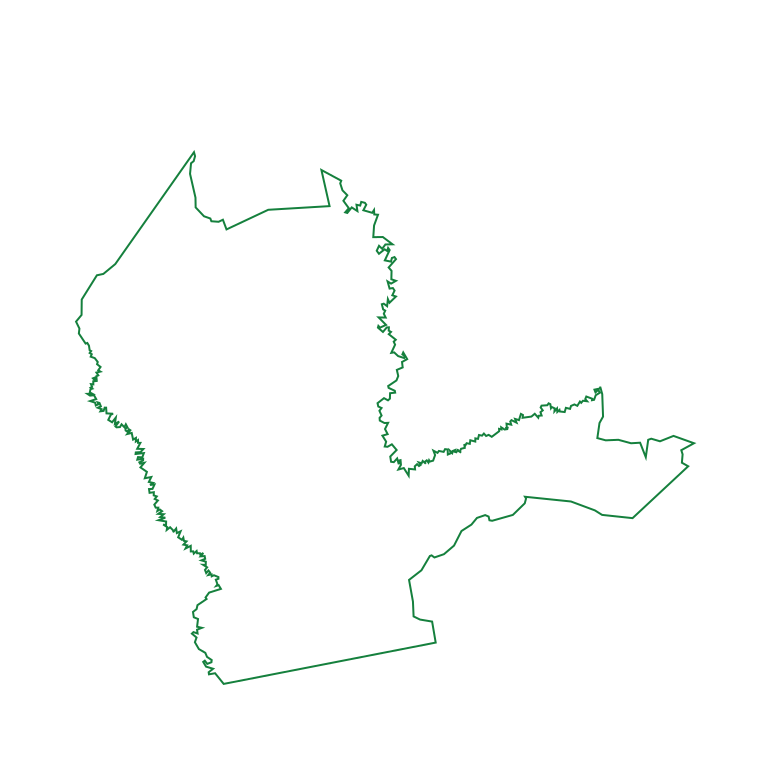 outline of El Paso, Cesar, Colombia, rotated 349°
{"feature_id": "7082276B67195884922096", "entity_name": "El Paso", "entity_type": "district", "adm_level": 2, "iso_a3": "COL", "parent_name": "Colombia", "parent_adm1": "Cesar", "projection": "mercator", "projection_center": [-73.703, 9.704], "detail": "fine", "context": "isolated", "style": "outline", "palette": "green", "viewbox_px": 768, "rotation_deg": 349, "n_neighbors": 0, "source": "geoboundaries", "source_scale": "gbopen_adm2", "svg_char_len": 6142}
<svg xmlns="http://www.w3.org/2000/svg" viewBox="0 0 768 768"><g transform="rotate(349 384 384)"><path d="M404.9,305.3L412.4,300.4L409.1,298.5L412.2,294.3L411.0,291.5L407.7,291.4L407.1,284.0L410.1,286.8L415.4,285.0L411.2,282.6L413.0,274.4L410.8,270.5L419.6,263.7L418.5,261.4L415.8,261.8L414.2,265.2L408.4,262.8L415.1,253.6L414.0,251.2L412.5,254.0L410.3,251.9L403.9,255.2L402.3,251.8L405.5,247.4L408.0,250.9L412.0,247.3L419.0,248.5L410.9,239.5L401.5,237.8L404.5,226.5L410.4,216.7L406.8,215.7L407.4,211.3L405.1,213.7L396.9,209.5L400.8,204.6L399.8,202.5L396.4,200.9L394.7,204.3L391.2,202.8L390.9,209.2L386.0,204.5L380.6,209.1L378.7,208.1L383.0,204.7L379.1,196.4L384.0,191.7L380.2,186.0L379.3,178.7L380.8,176.3L363.4,162.0L364.5,199.0L303.6,190.9L258.9,202.2L257.2,192.0L252.6,193.2L245.6,191.3L245.1,188.4L239.3,185.0L232.8,174.7L234.5,165.1L233.7,140.7L236.7,130.5L239.7,128.9L242.0,124.3L241.7,120.2L143.1,215.0L129.5,222.4L122.9,222.5L103.4,243.4L100.3,258.5L93.6,264.0L95.6,271.5L94.1,276.2L98.8,287.4L100.6,287.1L101.7,290.1L101.5,294.7L102.8,295.8L101.0,297.4L102.8,299.0L101.3,301.2L105.0,303.4L107.2,307.8L106.1,309.8L109.0,313.2L106.1,316.0L108.0,317.7L103.9,317.9L105.2,321.0L103.1,321.5L102.8,324.4L101.5,322.5L99.4,322.9L101.5,326.1L99.1,325.9L98.6,328.9L96.3,328.2L96.9,331.1L95.4,331.6L96.7,332.9L94.9,333.1L93.6,336.1L95.8,337.9L91.0,337.1L93.2,339.3L97.2,339.7L98.6,343.9L92.3,344.7L96.9,347.2L97.0,350.1L99.8,349.4L99.4,347.4L101.1,348.3L101.8,351.9L98.5,352.7L102.0,354.9L100.4,356.7L103.6,356.9L105.3,353.9L106.7,354.2L106.0,359.9L112.4,361.5L110.0,362.0L106.5,366.6L109.8,369.7L114.3,365.8L112.2,371.9L116.8,370.3L112.3,374.4L113.2,375.5L116.6,375.9L118.7,373.5L120.9,376.9L122.9,374.3L124.0,378.0L121.7,378.1L121.5,380.3L122.8,381.7L125.1,379.9L126.2,381.0L122.5,384.1L127.0,383.9L127.1,390.7L130.2,389.6L129.4,393.1L131.8,392.1L131.3,394.8L133.6,395.3L129.4,400.5L135.4,401.9L132.0,404.4L127.3,403.8L126.8,405.3L135.1,406.0L132.7,409.9L128.6,408.8L127.4,411.2L133.3,411.5L132.9,413.1L128.9,414.2L129.4,415.7L133.7,415.6L129.0,419.4L134.5,425.0L131.2,430.9L137.8,430.9L134.5,435.3L138.4,437.0L135.1,438.5L139.6,438.8L136.7,442.8L133.3,442.3L133.1,446.1L137.4,446.3L136.7,449.4L139.5,451.0L137.0,453.1L139.8,455.2L135.5,458.6L136.3,461.8L138.8,462.3L137.3,465.4L140.0,464.4L141.9,466.5L137.6,468.4L142.9,469.8L139.0,471.9L143.8,473.5L136.7,474.7L143.9,477.4L143.1,481.0L140.4,479.8L143.9,483.1L142.9,485.8L146.7,483.8L149.4,488.0L148.7,489.3L152.4,486.2L152.2,490.8L156.2,489.8L152.7,495.2L155.9,498.4L157.7,496.5L157.7,499.8L160.1,500.8L156.5,503.4L160.0,504.8L157.8,507.6L163.4,506.0L162.4,511.5L164.8,511.9L164.9,514.2L168.2,512.2L168.2,514.5L171.0,515.0L171.1,516.6L174.4,515.4L171.1,518.2L175.1,518.7L175.1,521.5L171.1,522.3L175.2,524.4L174.5,527.6L172.0,527.0L175.4,530.2L172.8,532.3L173.4,535.7L176.1,533.6L177.3,536.0L175.1,538.0L178.4,537.9L178.2,539.9L180.6,539.3L184.6,541.9L184.3,543.6L181.6,544.0L182.3,548.9L180.8,550.2L183.3,549.9L184.8,554.0L172.5,555.4L168.1,559.5L168.8,561.2L158.7,565.5L157.1,569.2L153.0,571.3L152.8,576.7L156.6,579.2L154.2,586.6L158.7,588.6L153.6,589.5L153.4,593.3L149.6,591.2L147.8,592.4L151.6,597.1L149.1,601.4L151.7,608.9L157.3,613.8L158.2,618.1L162.2,622.1L161.5,624.2L157.1,625.0L155.3,621.4L153.5,622.3L155.4,627.5L161.9,630.9L156.9,633.5L156.8,635.6L163.0,635.7L169.4,647.8L385.4,647.7L385.9,626.4L374.4,622.1L368.7,617.8L370.9,603.1L371.2,581.1L385.2,574.0L396.2,561.6L398.0,561.3L400.4,563.9L410.4,562.5L421.9,556.0L432.0,543.1L443.0,538.7L449.7,533.2L458.3,532.0L461.4,534.1L461.5,537.9L464.1,538.9L485.5,537.1L499.4,528.0L501.6,523.5L500.9,521.6L545.1,535.0L566.9,548.3L573.1,554.1L602.4,563.1L666.9,522.8L661.4,518.1L663.7,510.0L663.2,505.7L677.0,501.3L658.3,490.2L644.0,492.9L635.9,488.7L632.7,489.2L627.0,505.8L624.2,490.5L615.2,489.3L603.4,483.5L590.9,481.6L583.1,477.8L588.1,463.4L592.8,457.8L596.3,435.6L595.7,427.9L595.2,429.6L589.5,429.7L590.0,432.6L593.3,430.5L594.1,433.8L589.7,435.4L587.2,439.6L585.1,439.6L585.6,438.2L580.2,434.9L578.7,437.2L580.1,439.7L576.1,438.4L574.0,440.1L573.0,438.6L569.6,442.3L567.0,440.4L563.4,441.2L561.9,443.9L558.0,442.1L556.0,446.0L551.3,444.5L551.3,442.9L548.8,444.5L549.2,441.0L546.1,443.4L546.9,440.5L544.3,438.6L543.3,439.6L543.4,435.5L541.9,434.4L540.3,436.0L534.5,435.3L533.3,436.9L534.8,440.2L532.2,441.5L532.7,445.0L529.8,444.7L529.0,446.5L526.3,442.0L522.5,444.1L513.6,443.6L514.5,441.0L512.7,439.5L509.6,445.2L506.0,443.3L506.7,447.2L502.2,443.8L500.8,444.9L501.1,448.2L496.7,446.3L496.3,450.0L494.7,450.6L496.9,450.7L496.4,451.8L493.7,451.7L490.8,448.9L490.6,451.0L488.4,450.0L488.1,452.3L479.7,456.4L477.0,453.9L474.3,454.5L472.6,451.7L470.4,453.4L467.5,452.2L465.8,455.8L463.3,454.8L462.6,457.9L458.0,455.7L456.8,459.1L453.8,457.9L451.8,460.2L451.3,458.3L451.1,462.1L447.3,462.3L445.4,464.9L446.7,466.1L443.7,463.4L444.2,462.1L442.0,464.8L440.2,463.9L441.1,462.4L438.5,462.9L437.8,464.8L436.1,462.3L436.2,464.8L433.2,465.4L434.0,460.4L431.5,459.6L429.6,462.0L425.1,460.2L423.4,461.8L419.8,458.9L420.6,463.5L417.6,468.6L414.2,468.9L413.7,467.5L412.6,469.6L411.4,467.1L409.1,468.2L409.8,470.2L407.3,466.9L405.8,469.0L403.3,467.7L404.5,470.4L402.7,471.2L401.2,469.0L398.5,470.7L398.2,473.8L392.3,472.0L390.7,478.7L387.4,470.3L381.8,470.7L385.2,466.6L385.7,461.9L384.2,462.0L383.2,465.6L382.7,459.6L378.7,462.6L376.1,461.7L376.3,456.4L383.8,451.2L380.2,444.7L375.5,446.3L372.8,445.5L375.1,441.0L372.6,434.4L378.0,433.9L376.4,428.4L380.6,422.9L377.0,422.4L372.9,419.1L373.2,416.4L375.6,414.5L374.4,409.4L377.0,407.1L374.1,405.0L374.0,401.6L381.3,397.9L384.8,400.8L387.0,399.5L388.2,394.2L393.3,394.6L393.3,392.7L387.8,388.7L387.7,386.8L396.9,382.9L399.5,378.9L399.3,372.6L405.5,371.3L405.9,365.8L411.5,364.0L408.9,356.7L407.7,358.5L409.6,360.3L408.7,362.3L403.2,359.3L400.0,354.9L397.1,354.8L402.4,347.5L401.6,344.3L404.0,342.8L398.2,336.0L400.8,334.2L398.8,332.5L399.6,329.3L397.5,329.0L392.9,332.7L388.8,327.5L389.6,325.9L390.9,327.9L397.3,326.4L391.4,317.6L398.3,319.1L397.2,315.0L399.2,312.2L397.4,310.6L397.1,305.3L399.1,305.1L401.9,308.2L404.0,301.4L404.9,305.3Z" fill="none" stroke="#15803d" stroke-width="2"/></g></svg>